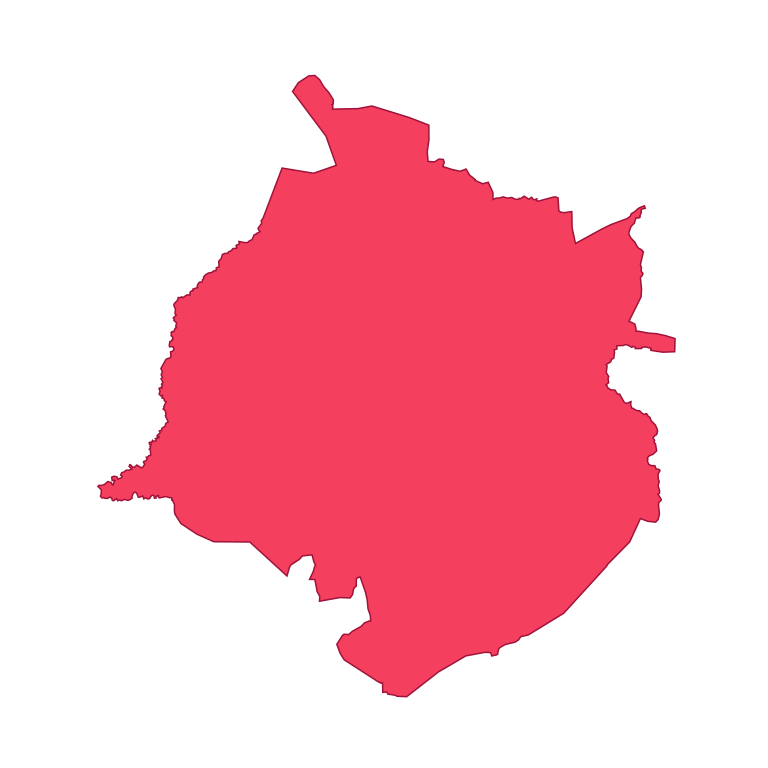 the district of Na Dun, Maha Sarakham, Thailand, rotated 85°
{"feature_id": "78962969B11651744755844", "entity_name": "Na Dun", "entity_type": "district", "adm_level": 2, "iso_a3": "THA", "parent_name": "Thailand", "parent_adm1": "Maha Sarakham", "projection": "natural_earth1", "projection_center": [103.237, 15.719], "detail": "fine", "context": "isolated", "style": "filled", "palette": "rose", "viewbox_px": 768, "rotation_deg": 85, "n_neighbors": 0, "source": "geoboundaries", "source_scale": "gbopen_adm2", "svg_char_len": 6158}
<svg xmlns="http://www.w3.org/2000/svg" viewBox="0 0 768 768"><g transform="rotate(85 384 384)"><path d="M70.5,432.1L76.3,443.0L84.6,449.6L132.0,420.2L162.0,412.4L167.9,435.8L160.0,466.7L208.4,490.1L210.8,492.2L212.3,491.8L213.8,492.2L217.5,495.7L218.9,495.8L221.4,494.2L223.0,497.9L223.7,498.1L223.9,500.2L228.8,502.9L229.4,505.2L231.1,507.4L231.1,510.1L229.4,516.1L232.1,515.9L232.5,518.2L233.4,519.4L235.1,518.7L235.9,519.0L235.9,522.7L237.9,524.6L238.8,527.4L240.2,528.1L240.0,531.0L240.9,533.7L245.1,535.4L246.5,537.3L247.8,538.0L253.0,538.1L253.6,540.9L256.3,541.3L256.5,544.1L257.7,545.3L258.2,549.4L259.6,552.2L261.6,554.4L263.3,554.5L264.5,555.8L266.4,556.2L266.8,556.9L266.3,558.3L267.3,560.0L270.0,561.6L271.7,561.3L272.8,566.1L274.2,566.0L274.6,567.9L275.7,569.2L278.6,569.7L278.0,572.5L280.5,577.0L279.5,577.9L280.2,579.6L279.9,581.5L282.5,582.3L285.6,585.9L287.0,586.6L291.5,585.2L295.4,586.1L297.3,585.0L299.8,588.2L301.3,587.3L302.3,587.8L305.0,585.3L308.4,586.4L309.7,585.8L310.4,587.3L313.4,588.7L313.2,590.3L314.2,591.7L315.6,591.3L317.3,591.9L318.4,590.7L321.3,590.4L321.8,591.6L322.9,592.2L323.0,593.6L326.8,594.6L328.3,594.4L328.4,590.9L331.1,590.2L332.9,591.7L333.4,593.9L338.3,593.8L339.8,595.9L339.7,597.2L340.5,599.1L349.1,604.9L352.4,603.7L355.3,605.2L358.1,604.1L359.4,605.7L362.9,604.1L364.8,605.7L365.8,604.7L367.2,605.9L368.4,605.5L368.4,607.9L368.9,608.5L371.7,607.8L374.6,608.9L376.5,607.2L376.3,605.6L378.6,606.4L379.3,604.5L381.7,604.2L382.5,602.6L387.6,605.4L388.6,605.1L389.6,606.2L391.7,604.2L395.3,603.8L396.6,604.6L403.0,602.3L404.3,604.9L407.0,605.7L408.5,608.8L410.2,609.7L410.9,609.4L411.2,611.9L413.1,611.2L415.5,614.5L416.8,614.5L416.7,612.9L417.9,612.9L418.5,616.5L419.9,615.6L420.7,616.1L421.0,618.6L420.0,619.5L422.4,620.7L421.5,621.8L421.9,623.0L423.6,622.8L424.2,621.4L425.9,622.6L427.2,622.0L428.5,623.5L429.4,622.5L434.5,622.6L434.9,624.5L436.2,625.8L436.2,627.2L438.1,626.6L439.7,627.8L440.3,630.2L441.3,630.4L443.0,629.3L445.9,631.6L446.4,632.8L443.2,637.4L445.0,639.5L445.0,641.6L442.5,643.4L442.2,644.3L443.9,645.1L446.7,642.7L447.7,645.6L447.3,648.2L449.0,650.8L449.5,653.1L451.8,654.3L453.0,653.0L454.4,653.5L455.5,657.5L453.2,658.2L452.3,661.1L453.1,663.4L456.5,663.2L456.3,661.1L456.8,660.3L458.1,661.6L461.0,662.5L460.7,663.4L458.4,664.4L457.1,667.7L459.6,671.1L460.5,674.4L460.0,676.7L461.2,677.9L464.8,674.8L469.2,675.4L471.0,676.3L473.0,674.9L472.7,673.4L473.6,671.8L473.9,669.4L472.7,666.9L474.3,665.1L476.1,664.9L476.8,663.6L474.9,660.5L477.1,659.5L476.5,658.0L477.4,655.6L476.3,652.6L477.5,649.7L477.4,647.8L475.8,644.9L473.8,644.8L470.7,643.0L470.0,641.3L471.2,639.8L475.2,638.8L475.6,637.8L474.6,634.1L477.5,633.3L476.5,631.2L477.9,629.5L478.0,628.3L477.2,627.0L475.0,625.5L474.6,623.9L475.6,622.8L477.8,622.6L477.7,621.0L476.2,621.0L475.4,619.5L475.6,618.4L476.6,618.8L477.9,617.8L477.1,611.1L478.6,607.3L478.7,605.4L481.2,605.5L481.1,604.9L486.0,603.2L492.1,603.9L495.5,603.6L505.3,598.5L517.5,583.2L526.3,567.3L529.7,531.5L566.8,497.4L558.3,494.1L556.0,492.4L551.3,483.6L548.2,480.3L547.9,470.6L555.3,469.3L558.6,467.9L559.3,468.8L564.4,470.7L572.2,475.2L572.7,469.9L585.0,468.7L589.9,466.5L594.8,467.2L592.9,446.6L594.2,436.4L590.9,433.6L586.3,432.4L584.3,431.3L583.1,429.3L575.4,428.5L573.9,424.6L589.8,420.6L597.3,419.6L606.6,419.5L613.5,417.8L619.0,417.9L618.7,419.1L620.3,424.3L623.5,428.0L627.5,436.9L630.5,441.0L629.8,445.7L630.9,447.3L639.2,453.7L648.4,451.2L655.3,447.7L679.7,416.3L681.1,414.3L681.1,413.0L681.8,412.9L681.8,411.5L691.1,412.1L691.1,408.0L693.2,407.3L695.1,399.8L696.2,398.4L697.5,388.7L675.6,354.9L662.0,326.2L660.1,307.2L660.8,301.2L664.3,300.4L663.7,295.4L662.8,294.1L661.5,294.1L657.5,292.5L656.3,290.7L654.1,286.0L652.6,276.0L650.7,272.3L647.6,269.8L646.6,262.2L628.0,224.9L585.0,178.2L583.3,177.1L562.7,153.0L540.4,140.3L543.8,133.2L545.3,125.4L543.0,122.8L537.6,120.9L528.8,121.1L525.9,120.6L524.6,118.5L523.3,117.8L517.6,120.6L516.7,119.0L514.2,118.8L509.2,119.8L505.1,118.3L502.6,119.1L497.6,118.8L494.3,116.6L493.1,117.4L492.3,120.3L489.0,121.3L488.6,124.7L487.3,127.1L483.7,128.4L482.1,127.6L480.6,128.2L478.5,125.7L477.6,122.4L474.4,118.2L467.1,118.8L465.5,120.1L463.8,119.3L461.1,120.6L459.9,119.9L458.1,116.8L454.7,115.5L451.0,116.3L448.3,117.4L443.7,121.2L440.6,121.9L439.0,123.7L436.5,124.9L436.4,126.0L437.2,127.3L435.3,129.8L432.9,131.7L432.7,133.8L431.2,136.7L430.0,137.8L429.8,139.2L426.1,140.1L423.1,139.5L424.5,144.1L423.2,146.3L414.6,150.1L414.3,152.4L410.2,154.4L409.6,158.5L407.2,161.5L405.3,162.0L404.4,163.0L402.3,160.1L398.0,160.3L396.2,159.5L392.0,161.6L385.6,160.2L384.0,161.0L381.6,156.1L379.4,155.3L378.2,152.8L372.7,151.6L370.1,151.7L369.4,148.9L366.2,148.8L366.5,142.3L365.9,140.7L366.1,138.5L369.1,133.9L368.3,133.1L368.9,130.7L370.6,130.6L371.1,124.7L369.8,122.9L369.9,120.4L371.6,114.9L373.6,115.3L374.0,114.2L376.6,103.5L377.2,91.6L364.1,90.1L360.3,99.5L357.6,108.3L356.3,116.3L353.5,126.3L353.4,128.4L350.7,128.1L346.1,128.9L342.8,134.5L319.6,120.3L312.2,119.2L300.2,119.3L298.6,117.4L296.5,116.4L293.9,118.0L290.3,117.4L287.5,118.2L275.0,114.1L272.8,115.7L270.3,119.2L264.5,121.8L260.3,125.2L257.1,126.7L254.6,126.9L248.6,124.2L245.6,120.6L240.6,118.6L240.8,115.7L239.9,114.2L239.2,114.6L235.7,112.8L232.9,112.6L232.2,111.8L231.8,108.5L229.2,109.0L230.5,113.8L231.8,116.1L234.4,119.5L235.8,122.7L238.5,124.2L240.4,127.4L245.0,144.1L248.4,153.0L260.7,181.0L244.9,183.0L228.6,181.9L229.0,189.4L228.3,193.0L226.6,194.7L213.7,194.4L212.6,196.7L212.6,199.3L215.3,214.3L214.6,216.0L212.9,215.6L213.5,217.7L213.3,219.2L210.9,220.6L211.6,222.3L212.5,222.8L212.5,223.7L209.1,228.0L211.2,231.7L210.8,233.2L211.8,233.8L211.4,237.0L209.3,240.5L209.6,244.9L208.0,248.8L208.9,253.9L208.5,255.9L209.7,259.4L202.8,258.8L192.1,262.6L193.1,268.2L189.1,275.6L188.3,275.3L183.3,280.6L177.0,283.5L178.7,289.8L176.0,298.1L172.5,306.4L168.5,304.7L165.5,305.3L164.7,309.6L167.1,314.2L166.2,320.7L156.5,320.7L144.4,317.9L130.0,316.8L120.8,335.6L106.0,371.8L107.4,385.9L105.7,411.3L102.9,410.7L101.3,411.4L100.8,410.2L96.5,409.7L89.1,413.4L82.3,418.3L75.4,421.5L70.6,426.0L70.5,432.1Z" fill="#f43f5e" stroke="#9f1239" stroke-width="1.5"/></g></svg>